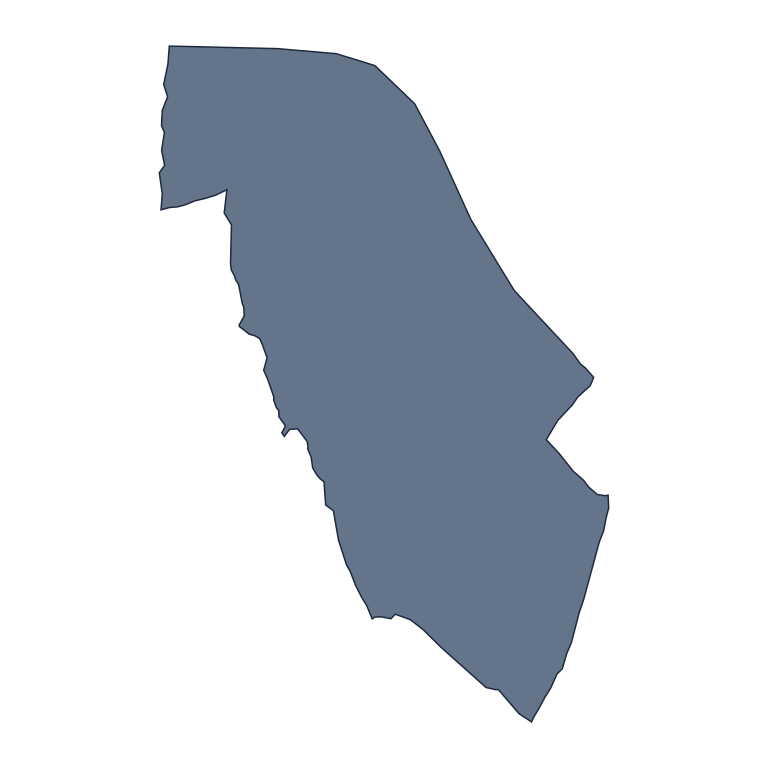 Ukum, Benue, Nigeria
{"feature_id": "59680162B14415495238729", "entity_name": "Ukum", "entity_type": "district", "adm_level": 2, "iso_a3": "NGA", "parent_name": "Nigeria", "parent_adm1": "Benue", "projection": "equal_earth", "projection_center": [9.596, 7.583], "detail": "fine", "context": "isolated", "style": "filled", "palette": "slate", "viewbox_px": 768, "rotation_deg": 0, "n_neighbors": 0, "source": "geoboundaries", "source_scale": "gbopen_adm2", "svg_char_len": 1681}
<svg xmlns="http://www.w3.org/2000/svg" viewBox="0 0 768 768"><path d="M562.7,342.5L514.4,290.7L504.5,274.6L498.3,264.4L480.0,234.4L470.8,219.4L460.1,195.8L439.9,151.4L414.7,103.8L374.9,65.6L350.4,58.0L342.1,55.5L336.5,53.7L277.2,48.6L267.3,48.4L183.5,46.4L169.3,46.1L167.9,64.2L163.7,84.5L167.6,96.8L162.3,110.3L161.5,125.7L164.4,132.5L161.6,150.2L164.6,165.4L159.3,172.8L162.3,194.3L161.0,209.8L169.6,207.5L177.3,206.9L184.6,205.0L195.1,200.8L205.5,198.3L215.6,195.2L226.9,189.7L224.2,213.0L231.5,224.9L231.0,243.6L230.5,263.9L230.7,265.2L231.3,270.0L234.7,276.3L235.6,279.8L238.6,284.5L242.3,303.7L243.9,307.5L244.1,316.2L239.2,324.9L239.4,326.5L249.1,334.1L254.3,335.6L256.7,336.8L259.7,338.7L261.9,343.5L267.1,357.7L263.7,370.3L267.7,379.3L273.9,397.2L273.6,399.9L276.5,407.9L278.7,410.4L278.9,416.7L285.5,426.0L281.8,432.8L284.3,436.4L289.6,429.3L297.9,428.9L297.9,429.2L307.2,441.6L308.0,446.7L307.7,448.9L311.1,457.0L312.7,467.8L314.7,471.4L316.6,474.6L320.4,479.1L324.0,481.7L325.7,505.1L333.4,510.7L338.5,540.1L346.5,564.9L350.3,571.6L355.6,585.4L361.1,596.3L367.0,606.2L372.2,618.9L375.0,617.0L381.4,616.9L391.0,618.7L395.2,614.2L410.2,619.6L423.3,629.8L440.9,647.2L486.0,687.5L495.7,689.7L498.3,689.5L519.0,713.7L531.5,721.9L533.8,717.0L538.3,709.6L545.2,696.8L550.6,688.2L557.0,674.1L562.3,668.7L566.8,653.4L571.4,642.7L579.1,612.9L583.7,599.4L599.2,542.3L603.7,530.7L606.0,518.4L608.7,508.0L608.1,495.2L605.1,495.7L597.3,494.5L588.7,487.1L583.7,480.4L573.2,471.2L559.1,453.4L546.3,439.7L557.8,420.4L572.1,405.2L572.3,405.0L577.9,396.9L590.2,385.7L593.7,377.4L585.4,368.0L580.6,364.2L573.0,353.6L562.7,342.5Z" fill="#64748b" stroke="#1e293b" stroke-width="1.5"/></svg>